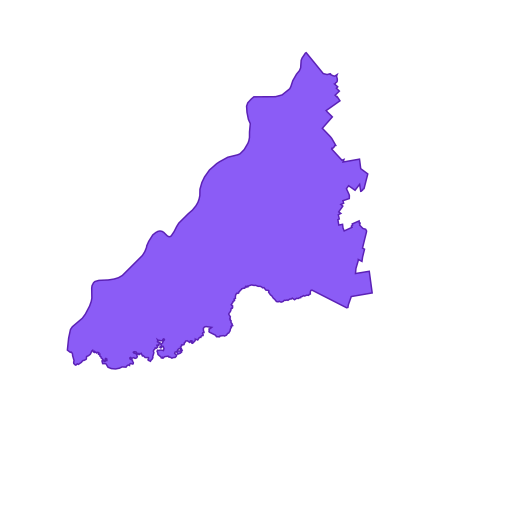 Diamante, Entre Ríos, Argentina (Natural Earth projection), rotated 36°
{"feature_id": "61730980B26239176559323", "entity_name": "Diamante", "entity_type": "district", "adm_level": 2, "iso_a3": "ARG", "parent_name": "Argentina", "parent_adm1": "Entre Ríos", "projection": "natural_earth1", "projection_center": [-60.458, -32.245], "detail": "fine", "context": "isolated", "style": "filled", "palette": "violet", "viewbox_px": 512, "rotation_deg": 36, "n_neighbors": 0, "source": "geoboundaries", "source_scale": "gbopen_adm2", "svg_char_len": 6135}
<svg xmlns="http://www.w3.org/2000/svg" viewBox="0 0 512 512"><g transform="rotate(36 256 256)"><path d="M329.0,169.9L326.3,170.9L321.7,170.1L320.9,168.2L320.2,168.6L318.8,167.0L315.0,173.5L316.0,174.3L315.6,175.8L316.8,176.4L312.6,183.9L309.9,182.2L307.4,179.5L304.8,182.3L300.9,178.5L301.6,177.1L298.3,174.2L299.6,171.7L297.0,171.7L296.9,164.6L294.3,164.4L295.9,161.8L293.8,160.2L297.7,154.7L296.1,152.3L295.1,151.5L289.6,148.4L289.6,144.7L297.5,144.6L297.7,137.1L302.7,142.1L303.2,141.5L303.2,140.5L303.5,140.1L303.3,139.2L303.8,138.0L298.2,123.9L289.4,123.8L282.8,116.8L271.2,128.8L270.4,126.2L269.2,128.0L254.3,125.0L254.1,124.1L254.7,123.9L255.1,122.3L254.9,120.5L255.6,119.7L248.3,116.4L246.2,115.8L234.6,113.7L236.0,98.6L228.1,97.4L227.7,97.0L227.3,97.0L232.7,81.1L228.1,79.4L228.0,79.8L225.5,79.4L226.5,73.6L222.4,73.0L222.7,71.1L218.4,70.7L218.8,70.1L218.7,68.9L219.1,67.9L218.9,66.7L217.8,65.1L215.4,63.1L215.0,61.6L214.0,64.2L212.4,64.9L209.3,65.4L209.2,64.9L208.9,64.9L206.9,67.4L203.2,68.9L177.1,62.0L176.7,62.8L176.9,68.6L177.5,71.1L181.5,77.5L182.2,80.5L181.9,85.1L182.7,92.5L184.6,98.4L185.0,100.9L182.4,110.4L178.1,115.7L160.7,128.5L159.9,131.8L159.3,136.9L160.3,140.3L164.3,145.1L169.5,149.9L173.6,152.3L177.8,159.4L181.1,164.0L182.5,167.0L183.2,169.5L183.9,176.8L183.0,182.7L181.7,184.9L175.1,192.7L171.1,201.2L169.9,204.4L167.8,213.7L167.9,222.3L169.0,228.3L171.4,234.9L175.1,240.2L176.5,243.4L177.5,246.8L177.9,250.7L177.6,256.2L176.3,261.8L174.2,274.7L174.5,278.8L175.4,284.3L175.6,289.5L175.2,290.6L174.4,291.5L172.6,291.9L167.4,291.1L165.5,291.3L163.6,292.2L162.2,293.7L161.1,296.0L160.1,299.6L160.6,307.2L161.6,311.9L162.4,313.5L163.5,317.9L163.8,322.3L159.3,350.4L157.5,354.4L154.7,358.1L150.6,362.2L143.2,368.1L140.7,371.3L140.3,373.1L140.8,376.4L142.0,378.6L148.0,386.6L149.4,389.6L150.8,394.3L152.1,403.3L152.1,408.4L149.0,421.2L149.1,424.5L152.7,432.6L158.7,443.0L162.4,443.1L162.8,442.4L163.5,442.4L165.0,443.0L166.2,444.4L170.3,447.6L170.9,449.1L171.8,450.1L173.9,450.4L174.4,450.2L174.8,448.3L176.0,448.1L177.3,444.5L177.2,443.5L177.6,442.0L178.2,441.6L179.3,439.5L179.2,438.9L178.0,436.9L179.1,435.1L179.6,433.3L179.7,432.6L179.0,429.3L179.3,428.2L180.9,429.2L181.4,428.1L182.2,428.8L182.8,427.9L184.0,428.2L184.6,426.9L185.7,426.7L186.0,427.9L186.5,428.1L187.3,427.2L188.5,428.7L189.7,428.6L190.6,429.5L191.7,429.4L193.7,430.0L194.8,429.8L195.4,429.2L194.5,427.5L194.7,427.1L195.8,427.0L196.8,428.2L196.3,428.6L195.7,430.3L193.0,430.7L193.1,431.5L195.2,433.2L197.5,431.6L198.3,431.5L201.6,433.0L205.2,432.1L208.8,429.9L211.5,427.0L212.9,424.4L216.2,422.3L216.1,421.0L216.7,419.2L218.0,418.9L217.6,418.2L217.5,417.0L218.1,416.5L219.6,416.0L220.0,415.4L219.4,414.3L217.9,413.7L217.2,412.8L215.0,413.4L214.3,413.2L213.8,412.6L214.2,411.7L215.6,411.9L216.9,410.0L218.2,410.0L218.7,409.6L219.3,408.4L219.1,407.1L216.6,405.5L214.0,406.3L213.3,406.0L213.4,405.4L214.2,404.6L215.7,404.1L217.9,405.0L218.5,403.7L218.9,403.9L218.9,404.5L219.3,404.6L219.8,403.8L219.7,403.3L220.3,402.2L222.8,403.6L223.0,403.0L223.6,402.9L226.0,403.3L228.7,401.4L229.6,402.6L229.5,403.2L230.1,403.7L232.5,403.2L232.3,402.5L232.6,400.2L232.3,398.8L231.8,398.6L230.2,394.2L229.0,393.4L228.6,392.6L228.8,390.6L228.5,389.6L229.5,389.3L230.0,387.5L228.4,386.6L228.3,386.2L230.0,385.5L229.1,384.5L230.1,383.4L229.2,382.5L226.8,383.4L226.5,383.1L226.3,382.1L225.5,381.6L227.0,381.6L227.7,380.8L228.5,380.7L229.8,379.8L229.8,377.5L230.5,377.2L231.2,377.6L231.0,379.7L231.5,381.2L231.1,382.8L231.3,383.7L232.1,383.9L232.0,386.3L233.1,386.3L233.4,384.4L234.1,383.7L236.0,385.0L236.7,386.9L235.0,387.6L233.6,388.6L233.1,389.4L231.7,390.1L232.0,391.3L232.9,391.7L234.6,393.3L238.5,393.6L239.2,394.1L240.3,393.6L240.1,392.9L241.0,392.9L241.1,391.3L243.8,388.7L244.4,388.6L244.7,389.0L246.5,388.2L248.0,388.1L248.7,386.9L250.2,385.6L250.4,384.0L250.2,383.2L249.4,382.8L247.5,382.7L247.0,381.4L248.0,380.0L250.4,381.4L251.8,379.3L252.3,377.3L251.6,376.6L248.6,378.8L247.9,378.5L247.8,377.5L248.2,375.9L248.7,375.7L251.0,376.2L251.6,375.7L248.4,373.9L248.6,372.3L248.1,371.9L248.2,371.3L249.1,370.9L249.8,370.0L249.5,368.9L249.1,368.7L249.4,366.8L249.1,366.2L250.1,365.0L253.1,364.9L253.2,364.0L252.8,363.2L254.0,362.3L254.5,362.7L254.4,363.7L254.7,363.6L255.4,364.2L256.0,363.9L256.5,360.8L256.4,360.0L255.8,359.0L256.5,359.1L257.1,358.3L258.2,358.2L258.1,355.7L258.4,354.8L259.2,354.3L258.8,353.2L259.0,352.4L259.9,351.5L259.7,350.9L258.3,350.2L258.1,349.4L258.9,348.7L258.8,348.2L257.2,347.1L255.9,345.4L256.0,343.7L257.1,342.4L262.1,339.8L261.6,341.7L260.9,342.7L261.8,343.6L262.4,344.8L263.0,345.0L269.7,343.9L271.5,344.5L274.0,342.8L273.9,341.9L275.2,340.7L276.5,339.5L277.5,339.3L278.6,337.5L278.6,335.2L279.2,334.4L279.0,331.8L278.2,330.1L277.9,327.7L277.2,327.6L277.3,326.8L278.0,326.0L276.6,325.3L276.3,324.8L275.0,324.6L273.8,323.0L273.1,323.2L272.3,322.1L271.7,322.3L271.0,320.3L268.1,319.1L267.9,318.7L267.9,315.9L267.5,314.4L266.8,313.2L266.9,312.6L267.5,312.3L267.5,311.7L266.4,310.1L265.3,310.3L264.6,310.0L264.8,309.5L264.4,308.7L264.6,307.2L264.1,306.4L264.8,304.7L263.6,303.8L264.3,302.4L263.3,301.2L262.3,299.0L262.4,297.3L263.3,296.9L263.7,296.2L263.2,295.4L263.6,294.5L263.4,293.5L263.9,291.5L263.7,290.9L265.1,289.1L265.8,288.7L265.5,286.8L266.4,286.9L266.5,285.8L267.0,286.1L267.6,285.8L267.5,284.7L269.4,282.0L271.7,281.0L273.0,279.9L275.5,279.3L277.2,278.1L278.7,277.7L280.0,277.9L281.0,276.9L284.0,277.8L286.4,276.5L287.0,276.7L287.5,277.9L290.7,279.0L292.0,278.9L295.0,280.0L296.4,280.0L299.2,280.8L299.9,280.6L300.9,280.0L301.5,279.0L303.0,278.7L303.8,278.2L304.7,276.7L304.9,275.2L305.9,274.6L307.0,273.3L307.9,273.1L308.6,271.1L310.0,269.8L310.1,268.8L312.9,268.7L313.7,266.4L315.3,265.4L315.5,264.5L316.6,263.4L316.2,262.8L317.4,261.3L317.6,260.2L318.9,259.8L320.1,257.8L321.7,256.9L321.6,255.9L322.3,254.8L321.1,253.3L320.6,251.6L321.3,250.7L359.8,244.6L360.6,243.6L359.4,241.2L356.9,232.8L371.7,217.6L356.6,201.8L346.8,211.7L344.2,207.4L341.4,199.6L340.8,198.7L344.9,198.1L342.8,194.1L339.8,186.7L337.5,187.0L331.4,172.0L330.8,170.8L329.0,169.9Z" fill="#8b5cf6" stroke="#5b21b6" stroke-width="1.5"/></g></svg>